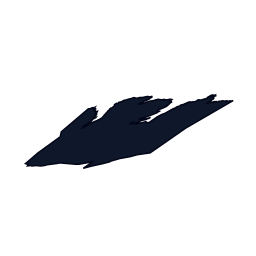 Båtsfjord nor, Finnmark, Norway, rotated 342°
{"feature_id": "86288312B97693798592449", "entity_name": "Båtsfjord nor", "entity_type": "district", "adm_level": 2, "iso_a3": "NOR", "parent_name": "Norway", "parent_adm1": "Finnmark", "projection": "equal_earth", "projection_center": [30.184, 70.514], "detail": "fine", "context": "isolated", "style": "filled", "palette": "ink", "viewbox_px": 256, "rotation_deg": 342, "n_neighbors": 0, "source": "geoboundaries", "source_scale": "gbopen_adm2", "svg_char_len": 5681}
<svg xmlns="http://www.w3.org/2000/svg" viewBox="0 0 256 256"><g transform="rotate(342 128 128)"><path d="M141.3,158.5L183.0,145.9L236.5,134.4L234.0,134.2L233.8,134.1L234.0,134.0L233.3,133.7L233.5,133.6L231.1,133.5L229.7,133.3L229.5,133.2L229.5,132.9L229.3,132.6L229.5,132.5L227.9,132.2L227.5,131.9L226.3,131.3L223.9,131.1L223.4,130.9L223.6,130.8L223.1,130.9L222.6,130.6L220.7,131.0L220.1,130.4L220.9,130.2L220.5,130.2L219.1,130.1L218.3,129.8L218.5,129.7L218.0,129.8L218.2,129.6L217.6,129.5L217.8,129.5L214.5,129.4L212.9,128.3L211.8,128.7L212.1,128.8L211.8,129.4L211.4,129.2L211.6,128.9L211.4,128.8L211.4,128.6L211.1,128.5L212.3,128.2L214.8,128.1L214.9,127.8L216.4,127.6L215.4,127.4L215.4,127.2L218.5,126.7L218.7,126.3L218.7,126.2L218.9,125.7L218.6,125.7L218.3,125.3L218.4,125.2L218.0,124.9L217.0,124.5L217.2,124.4L217.7,124.2L220.0,124.3L219.7,124.4L220.3,124.6L221.2,124.5L220.8,124.4L221.0,124.4L220.8,124.2L220.4,124.2L220.6,124.1L220.4,123.8L220.6,123.9L220.4,123.8L220.7,123.6L219.9,123.6L219.7,123.4L219.8,123.4L219.5,123.2L219.4,123.1L219.7,123.0L219.0,122.9L218.7,122.8L219.0,122.7L218.2,122.6L216.3,122.7L215.7,122.9L213.8,123.3L214.5,123.8L214.4,124.0L210.7,124.2L210.0,124.2L209.9,124.0L206.3,124.0L204.8,123.6L204.7,123.4L205.0,123.4L204.8,123.4L205.0,123.3L204.7,123.3L205.0,123.3L204.5,123.2L203.5,123.1L203.8,123.0L202.6,122.9L202.4,123.0L202.7,123.0L202.4,123.1L202.6,123.1L202.3,123.4L200.5,123.6L198.7,123.5L197.3,123.0L196.2,123.1L194.8,122.8L194.6,122.6L195.2,122.4L194.8,122.2L192.8,122.2L192.9,122.3L192.0,122.6L189.3,122.5L187.8,123.2L186.8,123.0L186.7,122.7L186.9,122.6L185.0,122.5L184.4,123.0L180.9,123.0L180.3,123.1L180.2,123.4L180.0,123.5L179.2,123.6L178.7,123.5L176.4,123.7L167.4,125.5L164.1,125.6L159.3,126.4L150.1,129.2L148.8,129.2L147.6,128.8L147.1,128.4L147.4,128.1L147.2,127.7L146.2,127.4L141.7,127.2L140.9,126.8L136.2,126.6L135.7,126.3L135.6,125.8L134.4,125.2L133.2,125.3L132.6,125.5L131.9,125.2L132.3,125.0L132.1,125.0L132.6,125.0L132.3,124.7L130.3,124.7L132.0,124.2L134.4,124.2L134.1,124.4L135.1,124.5L134.9,124.5L135.2,124.6L135.4,125.0L138.0,125.8L139.6,125.4L141.6,125.3L142.3,125.1L145.5,125.2L147.2,125.6L148.5,125.3L151.6,125.3L151.9,125.3L151.6,125.2L151.8,125.0L151.0,124.9L148.4,124.7L148.1,124.5L146.8,124.3L144.7,124.3L143.0,123.9L142.8,123.8L143.2,123.5L142.2,123.0L142.7,122.9L142.4,122.9L142.2,122.8L152.5,123.0L160.6,122.4L160.8,122.1L162.4,121.9L161.9,121.6L162.2,121.5L161.2,121.2L160.9,121.0L161.9,120.7L162.9,119.9L165.2,120.0L170.3,119.5L171.7,119.1L172.0,119.0L171.4,118.7L171.8,118.4L174.9,118.0L174.5,117.9L174.9,117.8L174.5,117.8L174.6,117.6L175.8,117.3L175.5,117.3L175.9,117.2L176.4,117.1L176.7,117.0L176.6,116.8L176.8,116.8L176.7,116.7L176.8,116.6L176.5,116.6L176.5,116.3L176.3,116.1L176.6,116.1L176.5,115.9L176.8,115.6L176.5,115.5L176.5,115.2L177.7,114.9L178.3,114.6L178.0,114.5L178.4,114.4L177.9,114.5L178.2,114.3L178.0,114.1L177.4,113.8L177.6,113.8L175.9,113.4L174.9,113.5L174.5,113.3L173.4,113.1L171.8,112.5L171.3,111.9L169.9,111.8L166.9,110.9L166.5,110.4L165.7,110.0L163.0,109.8L160.5,109.8L157.3,109.2L148.3,109.3L146.1,109.0L146.0,108.7L146.1,108.4L149.6,108.0L151.6,107.5L154.0,107.5L157.5,106.9L158.2,106.5L159.6,106.2L159.4,106.0L159.5,105.8L161.0,105.3L158.8,105.2L157.5,104.8L157.3,104.4L156.4,104.3L156.5,104.3L155.9,103.9L151.7,103.5L148.4,102.6L146.4,102.5L144.8,102.2L144.1,101.9L144.3,101.7L143.5,101.1L142.3,100.8L140.6,101.0L139.1,100.9L138.4,100.7L136.4,100.8L135.6,100.6L135.1,100.8L132.7,100.4L131.8,100.6L132.2,100.9L130.7,100.9L129.2,101.0L127.9,100.8L127.0,100.8L126.9,101.0L127.2,101.2L125.9,101.4L125.0,101.3L124.7,101.0L124.3,101.1L124.5,101.2L124.3,101.3L122.8,101.3L123.0,101.4L123.0,101.5L122.3,101.7L122.8,101.8L122.6,101.8L122.7,102.0L122.0,102.4L122.0,102.7L118.8,103.9L117.8,103.8L116.6,104.2L116.5,104.3L115.7,104.8L115.2,105.4L114.2,105.5L114.0,105.9L111.3,107.3L111.5,107.3L111.3,107.4L111.3,107.6L109.8,108.1L109.3,108.6L106.2,110.4L104.5,110.7L103.1,111.1L102.1,111.0L101.9,111.1L102.2,111.3L101.7,111.4L97.9,111.5L94.3,112.0L89.7,113.3L86.9,113.3L86.3,113.4L86.4,113.6L86.2,113.7L86.4,113.8L86.2,113.9L84.9,113.8L85.7,113.4L86.0,113.4L85.8,113.3L86.7,113.3L86.3,113.1L86.3,112.9L88.2,112.7L88.4,112.4L87.7,112.5L88.0,112.3L87.4,112.2L88.2,111.9L87.9,111.8L89.4,111.8L88.9,112.0L89.7,112.4L90.2,112.3L90.7,112.1L90.8,111.9L90.6,111.8L92.3,111.6L92.7,111.1L93.1,111.1L90.6,111.5L90.8,111.2L92.4,110.9L91.7,111.0L92.1,110.6L93.9,110.9L94.4,110.6L94.2,110.6L94.4,110.3L94.0,110.2L94.5,110.1L94.6,109.9L94.8,109.7L96.0,109.4L97.4,108.7L100.7,108.1L101.1,107.8L98.5,107.7L98.3,107.5L99.8,107.0L100.1,106.5L100.8,106.1L101.9,105.9L101.6,105.9L101.8,105.8L101.6,105.7L101.1,105.3L101.9,104.9L101.5,104.7L101.9,104.4L103.0,104.2L102.4,104.0L102.9,103.8L103.0,103.3L103.8,103.1L104.1,102.7L103.1,102.7L101.5,102.1L101.3,101.8L102.0,101.4L101.8,101.3L102.0,101.3L101.9,101.1L102.1,101.0L101.9,101.0L102.1,101.0L101.9,101.0L102.1,100.9L101.9,100.9L102.3,100.5L101.9,100.4L102.1,100.2L101.9,100.1L102.1,100.1L101.9,99.9L102.1,99.9L101.9,99.9L102.3,99.7L101.8,99.6L101.7,99.5L101.9,99.4L101.7,99.2L101.9,99.2L101.7,99.2L102.1,99.1L101.9,99.0L102.3,98.8L102.5,98.6L102.3,98.6L102.7,98.5L102.4,98.5L102.9,98.1L102.3,98.2L102.0,98.1L101.7,98.1L100.7,97.9L100.4,97.8L100.8,97.6L100.4,97.6L98.4,97.9L96.8,97.8L96.7,97.6L96.2,97.5L63.4,111.0L60.8,115.4L34.5,123.9L19.5,130.2L21.8,131.9L20.6,133.0L23.8,133.6L24.8,134.4L29.2,135.4L33.3,137.2L37.9,138.0L39.4,137.9L48.9,139.7L52.5,140.2L67.7,146.6L70.5,147.4L83.4,149.1L80.7,150.2L73.0,152.5L81.6,153.0L92.9,154.1L99.7,154.5L102.0,154.2L110.8,154.5L120.9,155.9L128.7,156.3L141.3,158.5Z" fill="#0f172a" stroke="#020617" stroke-width="1.5"/></g></svg>